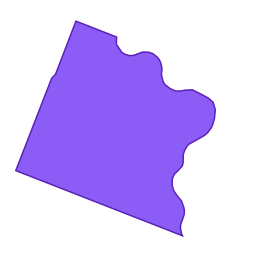 Dakota, Nebraska, United States of America (orthographic projection), rotated 21°
{"feature_id": "52423323B32373554543945", "entity_name": "Dakota", "entity_type": "district", "adm_level": 2, "iso_a3": "USA", "parent_name": "United States of America", "parent_adm1": "Nebraska", "projection": "orthographic", "projection_center": [-96.478, 42.401], "detail": "fine", "context": "isolated", "style": "filled", "palette": "violet", "viewbox_px": 256, "rotation_deg": 21, "n_neighbors": 0, "source": "geoboundaries", "source_scale": "gbopen_adm2", "svg_char_len": 982}
<svg xmlns="http://www.w3.org/2000/svg" viewBox="0 0 256 256"><g transform="rotate(21 128 128)"><path d="M174.4,69.3L167.5,72.3L164.7,74.2L159.9,76.2L158.3,76.4L153.2,76.1L147.5,74.4L145.4,73.1L144.0,71.8L140.5,66.9L139.7,65.2L139.1,62.6L138.2,60.0L136.0,56.4L134.3,54.5L132.9,53.2L129.8,51.3L124.6,49.7L120.3,49.8L115.4,51.4L113.2,52.8L107.5,58.0L104.2,59.6L101.9,60.1L98.3,60.2L95.7,59.7L94.4,59.1L87.4,54.2L86.4,52.0L84.8,47.2L41.1,46.9L41.1,103.8L38.9,109.0L38.5,206.4L38.5,208.0L217.5,209.1L215.4,206.9L213.0,203.0L211.7,199.1L211.6,191.4L211.3,188.3L210.9,186.7L210.0,184.5L208.3,181.8L204.0,176.9L198.2,173.6L195.0,171.5L192.5,169.4L189.7,165.5L187.8,160.2L187.6,158.1L187.7,155.5L188.1,153.7L189.6,150.7L192.3,144.1L191.9,140.6L189.1,132.8L188.9,128.3L189.8,123.3L190.7,121.3L202.3,107.2L203.9,104.1L205.6,98.1L205.9,94.8L205.3,88.1L203.3,80.7L203.1,79.8L198.2,73.5L191.8,71.2L189.8,71.0L184.8,70.3L174.4,69.3Z" fill="#8b5cf6" stroke="#5b21b6" stroke-width="1.5"/></g></svg>